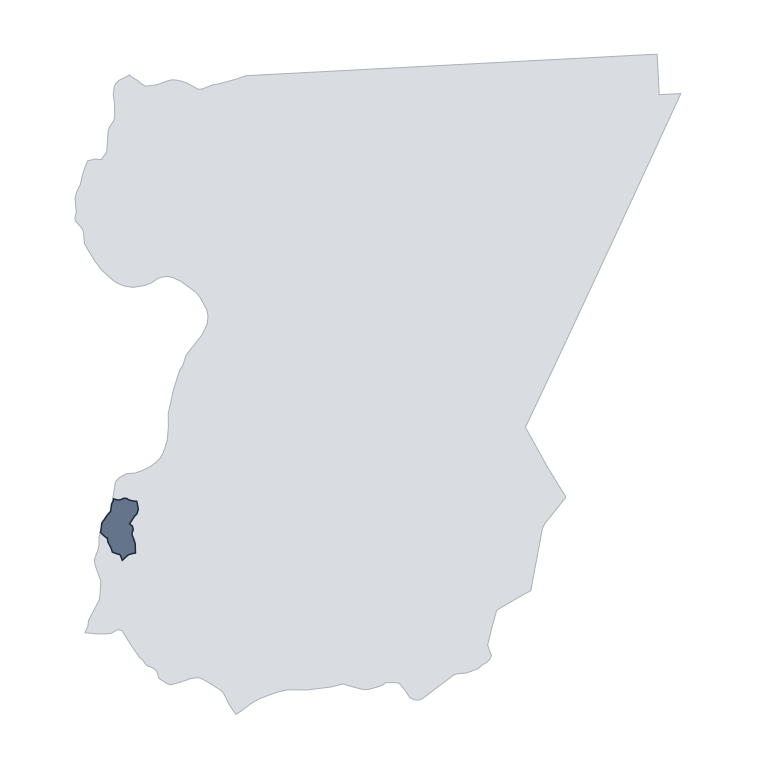 where Al Marqab sits in Libya, rotated 267°
{"feature_id": "LBY-2966", "entity_name": "Al Marqab", "entity_type": "Municipality", "adm_level": 1, "iso_a3": "LBY", "parent_name": "Libya", "parent_adm1": "", "projection": "mercator", "projection_center": [14.087, 32.352], "detail": "fine", "context": "in_parent", "style": "filled", "palette": "slate", "viewbox_px": 768, "rotation_deg": 267, "n_neighbors": 0, "source": "natural_earth", "source_scale": "10m", "svg_char_len": 3923}
<svg xmlns="http://www.w3.org/2000/svg" viewBox="0 0 768 768"><g transform="rotate(267 384 384)"><path d="M70.4,213.6L75.3,211.1L82.2,208.3L85.7,206.1L87.2,204.3L92.4,197.0L95.1,193.0L98.8,187.4L100.4,183.6L100.4,180.0L99.9,175.6L97.0,165.2L94.7,155.1L96.5,151.2L98.0,149.3L101.2,144.5L102.4,143.6L109.3,142.1L112.1,138.9L114.2,134.9L114.8,132.8L117.8,130.6L121.4,128.4L123.6,125.6L130.9,121.2L137.5,117.1L145.2,112.9L151.2,109.6L152.4,106.7L152.4,104.2L149.1,98.5L149.1,91.8L149.3,86.2L149.7,82.9L151.1,73.7L151.2,72.4L157.4,75.5L163.7,76.7L182.7,88.1L188.7,89.5L202.0,90.9L217.6,86.2L223.5,85.4L233.8,89.8L238.3,91.0L245.9,91.3L259.0,95.3L262.3,96.7L269.9,103.0L273.5,104.9L300.5,110.7L304.2,114.5L307.9,121.8L308.1,130.8L310.1,137.4L313.5,145.9L317.5,151.9L322.0,156.9L327.1,160.0L339.0,164.6L352.3,166.4L365.7,167.0L388.8,173.3L408.4,180.6L413.2,184.2L423.0,187.7L442.5,204.8L453.4,210.7L461.0,211.8L467.8,210.8L479.9,204.9L485.0,201.4L497.2,186.6L501.2,178.9L502.8,173.4L502.4,167.9L500.8,162.9L497.4,157.6L495.0,150.7L493.6,138.2L495.5,129.5L497.9,124.3L501.6,119.0L511.7,108.8L521.9,101.6L539.8,92.1L550.2,92.0L554.6,91.0L563.1,84.3L566.6,84.0L571.4,85.7L585.6,85.2L591.8,87.1L599.2,91.2L608.6,93.8L615.2,96.4L622.3,99.7L623.9,107.9L623.1,110.4L622.9,113.5L630.3,119.2L651.0,121.8L655.1,123.4L660.9,127.7L664.5,129.0L678.8,129.6L687.1,128.7L695.0,130.2L697.9,131.7L701.0,135.1L704.6,143.2L706.1,146.0L704.5,147.3L702.3,150.2L700.9,152.7L697.1,156.8L693.9,161.2L694.2,167.7L695.0,174.2L697.1,180.6L698.9,187.7L698.4,192.4L696.8,198.1L695.0,202.8L688.8,212.6L687.9,214.9L688.2,218.2L692.0,229.7L692.2,233.3L694.5,244.5L696.5,253.5L698.8,260.7L699.1,262.6L699.1,273.1L699.1,283.5L699.1,293.9L699.1,304.3L699.1,314.6L699.1,325.0L699.1,335.3L699.1,345.6L699.1,355.8L699.1,366.1L699.1,376.3L699.1,386.5L699.1,396.7L699.1,406.9L699.1,417.1L699.1,427.2L699.1,437.3L699.1,447.4L699.1,457.5L699.1,467.5L699.1,477.6L699.1,487.6L699.1,497.6L699.1,507.6L699.1,517.6L699.1,527.5L699.1,537.5L699.1,547.4L699.1,557.3L699.1,567.2L699.1,577.0L699.1,586.9L699.1,608.7L699.1,630.5L699.1,652.1L699.1,673.7L699.0,673.8L698.8,673.9L698.7,674.0L688.6,674.0L678.5,674.0L668.5,674.0L658.5,674.0L658.5,679.4L658.5,684.8L658.5,690.2L658.5,695.6L639.0,685.4L619.5,675.1L600.0,664.9L580.6,654.6L561.1,644.4L541.6,634.1L522.1,623.8L502.6,613.4L483.1,603.1L463.7,592.7L444.2,582.4L424.7,572.0L405.2,561.6L385.7,551.1L366.3,540.7L346.8,530.2L333.3,523.0L318.8,530.1L307.4,535.6L292.5,542.9L292.4,542.9L275.2,552.3L262.0,559.5L261.4,559.5L260.8,559.3L247.1,547.0L236.3,537.4L231.6,534.7L211.3,529.8L191.2,524.9L170.0,519.8L166.2,511.9L161.8,503.1L156.0,492.1L152.5,485.4L151.3,484.4L135.1,479.0L117.9,473.8L107.8,476.9L106.1,476.7L103.2,474.7L100.4,472.0L98.9,468.2L94.9,463.1L91.1,451.4L90.8,442.1L90.0,438.8L81.1,425.6L73.0,413.6L67.6,405.6L66.5,402.0L67.1,397.5L69.3,393.5L77.2,388.8L84.3,383.6L85.2,380.0L85.7,370.1L83.4,367.0L81.7,361.1L79.9,353.2L79.7,348.1L82.9,337.9L86.6,327.2L84.2,315.3L82.5,291.5L83.6,272.6L82.7,265.7L82.1,262.8L79.7,253.9L76.7,244.6L75.4,241.4L71.5,233.9L65.2,224.6L61.9,218.9L66.4,215.9L70.4,213.6Z" fill="#d9dde1" stroke="#a8b0b8" stroke-width="1"/><path d="M250.8,93.0L252.3,93.6L259.8,94.9L260.2,95.1L260.9,95.8L261.2,95.9L261.8,96.2L263.3,97.7L265.5,99.1L269.1,102.2L270.9,104.2L271.7,104.5L278.3,105.6L279.0,106.0L279.6,106.5L281.4,107.5L282.2,107.8L283.4,107.8L283.4,108.4L282.8,109.5L282.0,112.9L282.4,115.4L283.5,118.0L283.3,120.9L281.8,122.8L280.4,126.8L279.8,131.0L277.1,131.4L271.8,132.1L267.5,130.6L264.2,127.3L257.6,122.6L255.3,125.3L252.3,125.9L251.1,125.8L248.5,124.6L245.9,124.6L243.6,125.6L239.5,126.7L237.0,127.2L230.6,127.0L228.2,127.0L227.9,124.2L226.8,119.8L224.2,116.5L222.2,114.2L221.6,113.4L226.2,112.0L227.6,111.1L228.3,108.5L230.3,104.0L233.4,103.1L235.3,102.5L240.6,100.0L241.2,100.0L244.9,99.6L245.0,98.7L248.2,95.2L250.8,93.0Z" fill="#64748b" stroke="#1e293b" stroke-width="1.5"/></g></svg>